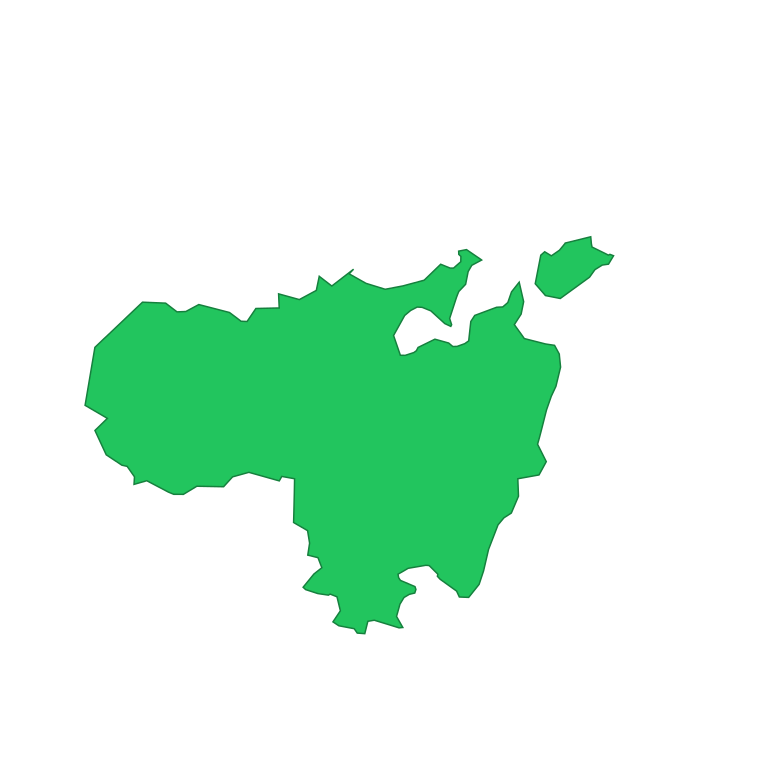 the district of Dorchester, Maryland, United States of America, rotated 230°
{"feature_id": "52423323B10442929932087", "entity_name": "Dorchester", "entity_type": "district", "adm_level": 2, "iso_a3": "USA", "parent_name": "United States of America", "parent_adm1": "Maryland", "projection": "mercator", "projection_center": [-76.061, 38.409], "detail": "fine", "context": "isolated", "style": "filled", "palette": "green", "viewbox_px": 768, "rotation_deg": 230, "n_neighbors": 0, "source": "geoboundaries", "source_scale": "gbopen_adm2", "svg_char_len": 2584}
<svg xmlns="http://www.w3.org/2000/svg" viewBox="0 0 768 768"><g transform="rotate(230 384 384)"><path d="M434.7,152.0L428.4,159.4L426.0,174.9L408.4,195.1L410.2,208.3L403.2,223.7L377.1,241.5L378.9,246.3L377.8,247.2L368.9,254.6L358.1,245.2L343.2,232.1L336.0,225.7L320.8,231.2L309.9,224.7L301.9,215.6L293.4,221.8L283.2,218.3L283.5,208.2L280.3,191.4L276.9,191.8L266.0,198.6L258.0,205.7L257.7,207.7L251.2,211.2L238.3,204.8L234.6,192.0L227.8,194.0L215.7,203.9L210.4,203.4L205.1,208.8L209.9,215.4L212.6,219.1L209.3,224.7L197.3,232.5L187.5,238.8L185.4,241.9L197.9,244.2L202.6,251.1L205.1,254.7L207.6,262.1L206.6,268.2L204.1,273.2L206.1,276.4L208.9,277.5L222.9,270.4L224.7,270.5L225.2,270.6L226.2,270.7L229.3,272.5L228.0,279.7L227.3,284.0L226.9,284.7L218.3,299.4L217.1,300.7L215.8,301.9L203.7,303.0L202.4,301.3L198.3,301.5L178.7,306.5L172.4,304.8L166.1,311.7L169.1,326.7L169.4,328.1L176.8,340.1L190.1,357.8L202.8,380.8L204.4,389.9L203.3,398.6L211.6,414.9L225.4,425.6L214.7,444.3L220.2,458.4L239.1,462.9L240.3,464.6L242.8,468.3L247.7,475.2L258.8,490.6L259.9,492.2L266.2,502.8L267.1,504.3L271.7,514.2L283.5,530.2L283.7,530.3L293.4,536.9L294.2,537.5L304.0,539.5L310.8,533.5L328.6,520.7L332.1,521.0L345.7,522.0L349.4,534.0L357.3,543.9L375.1,553.0L372.6,540.9L366.8,531.2L366.7,524.5L370.4,519.6L378.2,497.6L376.1,490.7L362.6,476.6L363.0,471.8L365.8,464.2L368.5,460.8L373.8,459.9L385.6,451.8L390.1,433.6L388.7,430.2L388.9,427.1L392.3,418.7L395.5,415.0L415.0,422.5L423.2,443.9L423.2,451.7L421.6,458.9L418.2,462.5L409.9,466.9L391.2,469.4L385.2,472.2L385.9,473.9L392.0,476.4L403.7,495.1L405.5,498.3L406.8,500.8L407.9,510.6L416.0,520.7L418.5,527.5L416.2,538.5L416.7,538.4L433.9,533.6L437.8,526.6L435.2,524.6L432.3,524.9L428.3,521.4L428.1,511.7L430.4,509.1L439.3,504.4L437.7,481.5L447.0,461.5L455.8,445.8L472.7,434.9L490.8,428.1L491.5,434.5L492.6,407.0L508.1,403.6L499.2,392.3L503.1,373.4L520.8,361.2L509.6,352.6L524.2,334.4L519.9,319.3L524.0,314.8L529.1,313.7L538.1,311.6L563.9,293.2L566.9,278.8L572.3,271.8L586.3,268.7L601.9,251.6L600.6,230.2L600.2,224.1L599.0,204.1L598.9,202.8L598.7,198.4L598.4,194.1L597.9,186.1L559.8,141.3L535.5,150.0L534.2,132.7L508.3,125.7L490.3,131.0L486.0,134.3L473.3,133.2L467.8,128.0L462.4,140.1L439.9,149.3L434.7,152.0ZM375.5,613.4L375.2,612.8L375.2,612.5L373.7,604.4L374.6,594.6L382.0,592.1L381.9,586.9L363.6,564.3L350.5,564.5L348.0,564.5L336.2,574.0L333.7,610.1L336.0,619.1L334.9,627.1L334.8,627.7L331.5,633.0L334.7,642.3L338.1,640.4L338.5,638.7L341.4,637.5L355.2,631.4L358.1,633.0L363.9,637.0L375.5,613.4Z" fill="#22c55e" stroke="#15803d" stroke-width="1.5"/></g></svg>